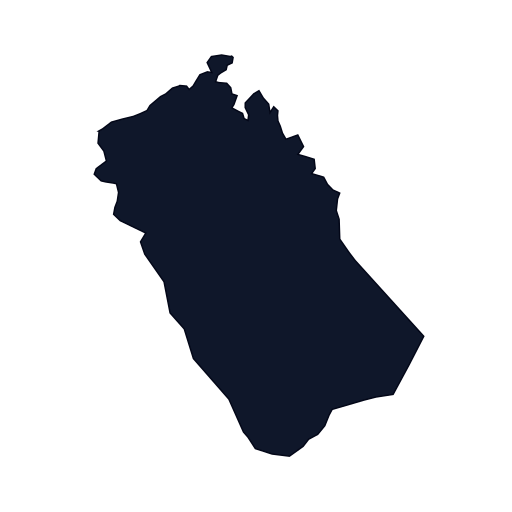 Palaiomylos, Limassol, Cyprus, rotated 13°
{"feature_id": "46923920B61941903243281", "entity_name": "Palaiomylos", "entity_type": "district", "adm_level": 2, "iso_a3": "CYP", "parent_name": "Cyprus", "parent_adm1": "Limassol", "projection": "equal_earth", "projection_center": [32.822, 34.928], "detail": "fine", "context": "isolated", "style": "filled", "palette": "ink", "viewbox_px": 512, "rotation_deg": 13, "n_neighbors": 0, "source": "geoboundaries", "source_scale": "gbopen_adm2", "svg_char_len": 1517}
<svg xmlns="http://www.w3.org/2000/svg" viewBox="0 0 512 512"><g transform="rotate(13 256 256)"><path d="M107.9,247.4L115.8,252.1L143.5,258.4L140.3,268.2L147.2,279.2L172.2,301.8L185.1,330.8L202.5,343.2L218.1,370.0L261.8,401.6L283.4,430.3L288.9,434.3L298.7,443.8L316.2,445.3L333.6,443.5L344.7,430.9L348.5,422.7L356.3,415.8L361.2,405.9L363.0,394.5L364.7,388.3L393.4,372.2L404.6,366.4L420.7,360.0L429.6,327.6L437.5,296.5L353.6,238.1L345.8,231.6L333.8,220.7L328.7,201.5L324.0,193.7L322.6,182.0L323.4,175.9L316.1,174.4L309.5,170.1L304.2,164.0L291.6,163.2L294.0,157.5L290.9,148.7L281.7,148.0L273.9,147.6L277.7,138.7L269.5,128.7L258.9,135.5L254.1,130.3L250.4,124.0L247.0,119.5L245.3,114.2L244.7,109.6L239.7,106.6L237.4,113.2L234.2,105.2L227.5,100.4L221.7,94.3L217.4,98.4L211.1,109.3L212.1,113.8L217.1,120.1L217.7,125.8L213.5,124.8L210.8,120.1L206.5,119.1L199.1,117.1L200.4,113.4L201.5,104.0L196.1,103.5L193.5,97.7L188.6,94.3L180.8,95.4L177.4,95.3L178.1,88.5L180.3,85.7L185.0,81.2L185.0,76.6L189.3,73.2L189.0,67.7L187.3,66.7L186.1,67.4L177.3,67.9L167.7,71.7L164.9,78.5L171.7,87.2L167.2,87.5L160.6,92.0L158.4,98.5L156.5,104.5L153.4,108.8L150.1,106.1L143.4,107.0L142.5,107.9L136.8,111.2L131.6,118.4L127.1,122.2L118.9,133.2L117.1,138.8L111.3,143.3L105.1,147.6L94.9,152.7L85.0,158.1L78.0,166.6L74.5,169.8L75.1,169.8L76.7,181.6L84.2,188.0L88.9,197.1L80.7,206.8L80.0,212.7L88.2,217.6L92.8,217.6L100.8,217.0L103.8,217.0L107.8,225.0L108.5,233.9L107.6,240.3L107.9,247.4Z" fill="#0f172a" stroke="#020617" stroke-width="1.5"/></g></svg>